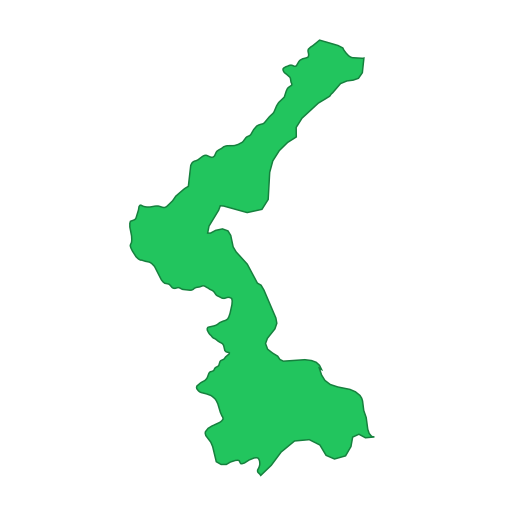 outline of Nong Khai, rotated 93°
{"feature_id": "THA-446", "entity_name": "Nong Khai", "entity_type": "Province", "adm_level": 1, "iso_a3": "THA", "parent_name": "Thailand", "parent_adm1": "", "projection": "robinson", "projection_center": [102.779, 17.946], "detail": "fine", "context": "isolated", "style": "filled", "palette": "green", "viewbox_px": 512, "rotation_deg": 93, "n_neighbors": 0, "source": "natural_earth", "source_scale": "10m", "svg_char_len": 4944}
<svg xmlns="http://www.w3.org/2000/svg" viewBox="0 0 512 512"><g transform="rotate(93 256 256)"><path d="M364.7,186.9L371.4,184.3L376.6,180.7L380.4,175.2L382.5,167.5L384.3,155.2L386.4,149.6L389.8,144.9L392.5,143.0L395.2,142.0L404.7,140.3L411.6,137.5L423.3,135.3L427.3,133.7L430.2,131.0L430.5,128.3L431.8,137.2L428.6,143.9L431.8,150.0L441.3,151.2L450.9,156.1L454.6,167.0L451.4,175.6L441.4,182.3L436.6,193.2L438.7,207.8L450.4,220.6L464.2,229.8L474.9,239.8L473.7,240.7L472.0,242.7L470.8,243.2L469.7,243.2L466.8,241.9L464.7,241.4L463.5,241.3L461.1,241.6L460.1,241.9L459.2,242.3L458.3,242.9L457.6,243.6L457.4,245.1L457.8,247.3L460.0,252.1L463.3,256.7L464.2,259.2L464.2,260.2L463.3,261.0L461.3,262.0L460.9,263.5L461.2,265.8L463.1,270.8L465.7,274.7L466.0,279.9L463.5,284.9L448.6,289.3L444.3,291.4L438.0,296.7L435.9,297.4L434.4,297.4L433.4,296.8L430.6,294.8L428.0,291.0L424.1,283.6L423.3,282.5L422.3,281.5L420.7,280.4L419.5,280.5L418.4,280.9L417.6,281.6L414.0,283.4L405.6,286.4L402.5,288.1L400.7,289.5L398.7,292.1L398.1,293.0L397.6,293.9L396.3,298.2L395.2,303.7L394.6,305.2L393.6,306.5L391.6,308.2L390.2,308.5L388.9,308.2L385.8,304.9L385.1,304.0L383.3,301.0L382.6,300.1L380.8,298.7L379.7,298.2L375.6,296.9L374.7,296.3L374.0,295.6L373.8,294.9L373.6,294.1L373.1,293.0L372.2,292.0L370.3,291.3L369.4,290.4L368.1,288.2L367.1,287.4L363.5,286.5L362.5,285.9L362.0,285.1L361.6,284.3L361.3,283.8L361.0,283.1L360.3,282.3L358.4,281.1L355.1,277.6L354.1,277.5L353.7,278.3L353.6,279.7L353.1,281.1L352.0,282.2L347.5,283.5L346.1,284.2L345.3,285.0L344.7,286.0L344.2,287.2L343.1,289.3L341.7,291.2L341.0,292.2L340.1,294.4L339.4,295.3L337.7,296.8L337.1,297.6L336.2,298.5L335.0,299.4L332.5,300.8L331.0,300.9L329.9,300.4L329.4,299.3L328.0,294.3L327.1,292.1L326.5,291.2L325.8,290.3L325.0,289.4L324.3,288.5L323.8,287.5L322.7,285.3L322.3,284.1L321.8,282.9L320.4,281.0L318.1,279.9L314.5,278.9L305.9,277.5L302.2,277.4L299.8,278.0L299.2,279.0L298.8,280.2L298.7,281.6L299.0,282.8L299.9,285.1L300.0,286.3L299.9,287.6L298.4,290.9L298.0,292.0L297.4,293.2L296.6,294.1L294.2,295.9L293.3,296.9L292.6,298.0L291.7,300.3L290.5,302.2L289.8,303.8L288.8,305.6L288.5,306.7L288.6,307.8L289.8,310.6L290.5,313.9L291.0,315.0L291.5,315.9L292.6,317.0L293.1,317.9L293.5,319.0L293.6,320.4L293.2,327.4L292.9,328.4L292.0,330.3L291.6,331.4L291.7,332.6L292.5,334.9L292.6,336.0L292.4,337.1L291.9,338.1L289.4,340.5L288.7,341.5L288.4,342.8L288.0,345.7L286.8,347.4L284.7,349.3L272.2,356.5L271.4,357.1L269.0,359.7L268.4,360.7L267.8,361.8L267.5,363.2L267.1,366.1L266.1,369.9L266.1,371.3L265.1,373.3L263.1,375.7L257.5,379.7L254.6,381.3L252.4,382.1L251.1,381.9L248.9,381.0L246.3,380.9L242.5,381.3L233.6,383.5L230.0,383.7L227.9,383.2L226.5,379.9L225.9,378.9L225.0,378.1L223.9,377.7L216.3,375.8L212.8,375.4L211.5,374.6L211.2,373.7L212.2,371.4L212.5,370.1L212.7,368.7L212.8,367.2L212.6,364.3L211.4,359.1L211.2,356.3L211.5,354.9L212.2,352.2L212.4,350.9L212.3,349.6L211.8,348.6L211.1,347.6L205.3,342.2L200.4,339.2L193.2,331.7L191.9,330.1L190.0,327.2L168.9,325.9L166.6,324.9L165.7,324.2L165.0,323.3L164.4,322.2L164.1,321.1L163.6,320.1L163.0,319.0L159.3,314.6L158.7,313.6L158.2,312.5L158.0,311.2L158.3,310.0L159.2,307.7L159.6,306.5L159.8,305.1L159.4,303.9L158.3,302.7L154.5,301.2L153.4,300.5L152.0,298.7L150.5,296.2L150.0,295.6L149.4,294.9L148.7,294.1L148.2,293.0L147.7,291.8L147.4,290.5L147.0,284.5L146.8,283.1L145.5,279.6L143.7,276.6L143.1,275.6L142.2,274.8L138.4,272.3L137.6,271.5L137.0,270.4L136.5,269.4L135.9,268.4L135.1,267.6L129.8,264.9L126.2,262.1L125.0,260.1L124.1,257.7L123.8,256.5L123.3,255.5L122.5,254.6L116.1,249.8L112.9,246.7L112.0,246.0L110.8,245.4L105.0,243.3L101.9,241.6L101.0,240.9L95.9,236.1L95.6,236.0L89.9,234.5L87.6,233.6L86.7,233.1L85.7,232.1L83.6,229.3L82.5,229.2L81.6,229.5L80.6,230.1L76.9,230.9L75.8,231.4L73.0,234.9L72.0,236.4L71.4,237.2L70.4,238.0L68.7,238.8L67.5,238.7L66.7,238.0L65.4,236.0L65.4,235.9L65.2,235.5L64.9,234.6L63.9,232.7L63.6,231.5L63.6,230.2L64.0,229.0L64.5,227.9L64.5,226.7L63.9,225.6L59.8,223.5L58.5,222.6L57.8,221.7L57.2,220.7L56.6,219.7L55.7,216.7L54.8,214.6L53.5,214.0L51.7,214.0L49.1,214.7L47.8,214.8L46.7,214.5L44.4,212.3L43.1,210.4L37.1,203.8L41.5,185.1L43.7,180.2L45.7,179.1L48.6,176.7L51.2,174.0L52.3,172.1L52.9,170.4L53.0,159.6L52.7,158.6L67.4,159.4L73.2,163.0L75.3,168.2L76.4,174.3L79.4,180.6L89.1,188.1L90.2,189.3L92.6,190.8L100.1,201.8L116.0,217.3L125.5,222.6L135.0,222.0L140.9,230.3L149.5,238.2L160.1,244.2L171.7,246.7L198.9,246.8L209.1,252.5L213.1,267.1L207.8,290.9L207.7,294.3L212.2,295.7L228.6,304.5L235.6,305.5L235.6,302.8L232.5,297.6L230.7,290.9L232.4,285.3L236.8,282.3L248.1,279.3L252.9,276.1L264.6,264.3L283.0,253.2L284.9,249.4L289.6,246.3L316.9,232.9L322.1,231.7L327.8,233.3L337.6,240.3L342.9,241.9L348.5,239.5L352.1,234.3L354.9,229.1L358.1,226.7L359.6,223.2L357.0,201.8L357.5,195.1L359.0,190.3L361.8,186.9L364.3,185.5L365.7,184.7L365.9,184.6L365.2,186.1L365.0,186.4L364.8,186.7L364.7,186.9Z" fill="#22c55e" stroke="#15803d" stroke-width="1.5"/></g></svg>